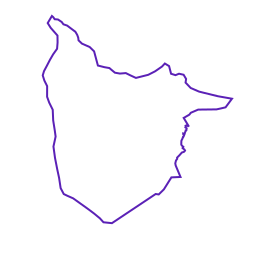 Isokan, Osun, Nigeria (Mercator projection), rotated 100°
{"feature_id": "59680162B6205124943279", "entity_name": "Isokan", "entity_type": "district", "adm_level": 2, "iso_a3": "NGA", "parent_name": "Nigeria", "parent_adm1": "Osun", "projection": "mercator", "projection_center": [4.166, 7.3], "detail": "fine", "context": "isolated", "style": "outline", "palette": "violet", "viewbox_px": 256, "rotation_deg": 100, "n_neighbors": 0, "source": "geoboundaries", "source_scale": "gbopen_adm2", "svg_char_len": 1612}
<svg xmlns="http://www.w3.org/2000/svg" viewBox="0 0 256 256"><g transform="rotate(100 128 128)"><path d="M30.9,222.4L38.6,225.3L42.8,221.5L49.2,213.5L56.0,212.2L62.3,211.6L68.4,214.5L74.4,216.7L80.8,218.7L86.6,220.6L91.0,221.1L95.8,218.6L100.8,214.9L111.3,213.1L116.7,210.0L123.1,205.3L133.5,203.0L143.1,199.7L149.0,197.8L159.2,198.2L170.1,194.7L181.0,190.5L189.1,187.2L198.9,183.9L204.2,179.8L205.3,175.9L206.8,169.8L210.1,162.9L214.7,153.3L218.1,146.6L221.5,140.6L221.6,140.3L225.1,135.8L224.5,127.3L188.2,89.3L188.1,86.2L182.2,82.0L169.1,76.7L167.1,67.8L156.7,74.5L154.6,75.3L151.7,75.1L149.8,74.2L148.6,74.5L145.9,72.6L142.8,70.7L141.8,68.8L140.9,68.2L140.3,67.9L139.4,68.7L138.5,70.4L138.4,70.7L138.3,70.8L137.0,70.2L136.3,71.3L135.8,72.1L134.9,72.7L131.4,73.2L129.7,72.8L129.4,72.6L127.3,72.3L127.3,72.0L125.9,71.6L124.4,71.3L124.4,71.7L124.5,72.5L123.8,72.7L123.8,72.2L123.3,71.2L122.3,71.1L120.9,70.6L120.4,70.8L119.9,70.1L119.1,70.2L118.4,70.1L118.1,70.2L117.4,71.6L116.5,71.4L115.8,71.7L115.3,70.9L115.7,69.1L115.4,68.8L108.4,74.9L104.2,69.9L102.1,68.8L97.7,62.1L94.3,44.1L92.8,40.4L90.7,35.5L81.1,30.7L81.1,45.0L80.2,58.6L80.2,58.9L79.8,64.4L77.7,73.2L73.3,79.2L69.6,79.3L65.9,82.5L65.7,87.2L67.7,90.4L67.1,95.0L59.9,98.3L58.1,102.9L61.6,105.2L67.5,111.2L72.1,117.3L77.3,128.9L75.8,134.6L74.3,139.7L75.8,145.4L75.8,150.5L73.4,154.7L72.2,156.7L72.2,161.8L71.7,168.5L58.4,174.7L54.9,179.8L52.9,188.0L50.3,191.9L47.7,192.7L45.1,194.2L42.4,196.5L39.5,202.2L37.7,205.7L37.1,209.6L35.5,211.3L35.1,211.7L33.3,215.8L33.6,219.1L31.8,220.9L30.9,222.4Z" fill="none" stroke="#5b21b6" stroke-width="2"/></g></svg>